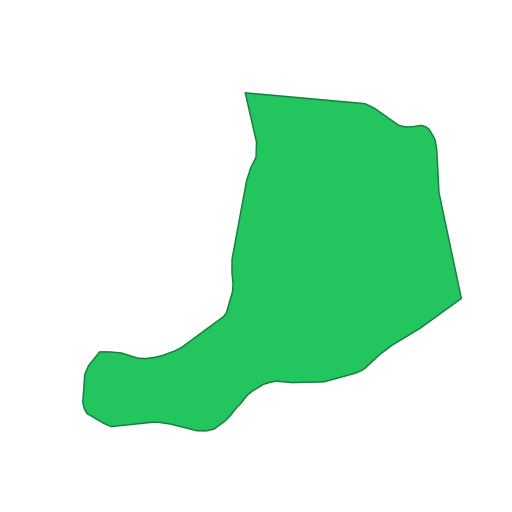 map outline of Nonthaburi (Mercator projection), rotated 259°
{"feature_id": "THA-417", "entity_name": "Nonthaburi", "entity_type": "Province", "adm_level": 1, "iso_a3": "THA", "parent_name": "Thailand", "parent_adm1": "", "projection": "mercator", "projection_center": [100.359, 13.966], "detail": "fine", "context": "isolated", "style": "filled", "palette": "green", "viewbox_px": 512, "rotation_deg": 259, "n_neighbors": 0, "source": "natural_earth", "source_scale": "10m", "svg_char_len": 949}
<svg xmlns="http://www.w3.org/2000/svg" viewBox="0 0 512 512"><g transform="rotate(259 256 256)"><path d="M145.4,58.0L172.6,65.4L180.3,70.7L191.7,84.2L189.7,94.4L186.4,105.5L178.2,120.6L176.4,128.1L175.8,136.8L176.2,145.4L178.3,158.1L180.3,165.2L202.6,212.3L205.5,215.9L225.2,226.0L232.5,228.1L244.2,229.2L257.5,231.9L331.2,260.9L343.6,267.7L353.0,274.9L367.7,278.2L418.2,276.6L384.7,392.2L378.4,400.5L357.0,421.0L354.1,427.7L353.0,434.2L352.7,443.2L350.4,447.4L347.1,450.2L339.2,453.0L335.1,454.0L325.9,453.7L283.2,447.7L175.2,449.5L153.6,403.0L142.4,372.4L135.4,358.2L125.1,341.7L123.5,338.0L122.0,331.2L119.5,298.5L124.9,267.1L129.3,251.9L129.3,245.8L128.6,238.8L124.5,227.6L121.6,221.8L118.8,218.1L116.2,215.4L113.5,212.0L111.6,208.9L104.1,200.2L99.9,194.0L94.2,182.1L93.8,174.0L95.7,164.8L107.4,139.8L111.1,129.4L112.5,123.1L116.2,81.2L121.2,74.1L133.6,60.1L138.6,58.4L145.4,58.0Z" fill="#22c55e" stroke="#15803d" stroke-width="1.5"/></g></svg>